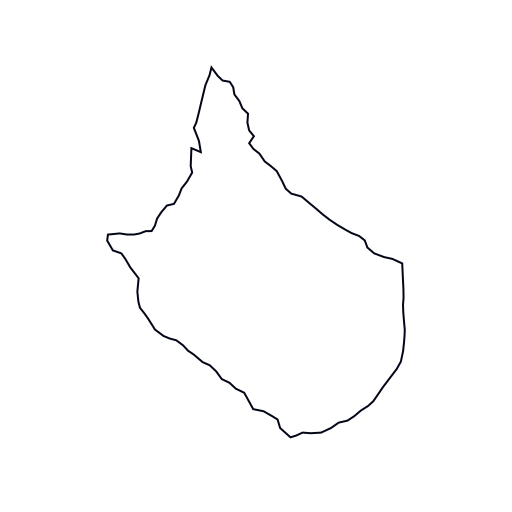 Turmalina, São Paulo, Brazil (orthographic projection), rotated 333°
{"feature_id": "56859067B49840194470028", "entity_name": "Turmalina", "entity_type": "district", "adm_level": 2, "iso_a3": "BRA", "parent_name": "Brazil", "parent_adm1": "São Paulo", "projection": "orthographic", "projection_center": [-50.457, -20.07], "detail": "fine", "context": "isolated", "style": "outline", "palette": "ink", "viewbox_px": 512, "rotation_deg": 333, "n_neighbors": 0, "source": "geoboundaries", "source_scale": "gbopen_adm2", "svg_char_len": 1598}
<svg xmlns="http://www.w3.org/2000/svg" viewBox="0 0 512 512"><g transform="rotate(333 256 256)"><path d="M210.1,434.2L217.3,434.5L224.4,438.8L233.8,442.9L244.8,443.3L254.0,442.0L262.8,444.2L270.9,443.3L279.4,441.3L287.8,440.5L294.7,438.6L302.6,434.3L309.5,430.5L330.2,420.5L337.1,415.9L343.9,407.5L348.7,400.1L351.9,394.9L355.0,389.4L358.7,380.2L361.9,372.5L364.9,366.1L368.4,360.4L372.2,352.7L376.7,342.7L382.9,329.0L376.1,320.4L369.5,315.0L362.5,307.3L359.1,299.0L360.0,291.5L356.9,284.9L351.5,278.9L347.7,273.3L342.4,265.0L338.1,257.2L334.3,249.2L330.5,239.9L327.3,232.5L323.6,223.7L315.7,216.4L313.0,209.4L313.3,201.3L313.0,189.8L309.9,182.3L306.7,175.7L305.5,166.3L302.3,159.4L301.1,152.4L308.5,148.3L306.9,141.0L308.9,133.3L313.5,125.6L310.9,118.2L311.5,110.3L310.1,102.2L312.3,95.3L311.7,88.9L305.9,84.5L303.7,78.2L301.9,67.8L296.7,73.8L288.5,80.8L283.5,86.6L269.7,102.8L263.4,110.0L258.8,113.6L257.4,127.6L254.0,138.4L247.4,130.6L238.6,146.3L237.0,152.7L228.2,158.4L220.4,162.0L214.8,167.0L206.6,172.3L199.5,170.6L191.5,174.0L184.9,177.7L179.7,183.1L174.3,186.4L169.0,183.8L162.4,183.1L156.8,181.4L150.8,178.3L144.8,174.0L133.8,169.7L130.4,174.7L131.0,186.0L137.2,192.5L138.2,198.8L138.8,209.0L141.3,222.6L134.1,233.9L130.4,243.5L129.1,249.5L130.4,255.9L131.4,262.5L132.6,275.7L137.3,285.3L141.7,290.4L146.7,294.9L150.5,302.6L152.4,309.4L155.7,315.4L160.3,326.4L165.2,332.4L168.1,340.5L169.6,350.1L174.9,357.1L177.8,365.1L183.4,372.5L183.7,381.1L184.0,391.2L192.3,397.8L197.8,406.2L201.0,411.5L199.4,420.2L204.4,433.2L210.1,434.2Z" fill="none" stroke="#020617" stroke-width="2"/></g></svg>